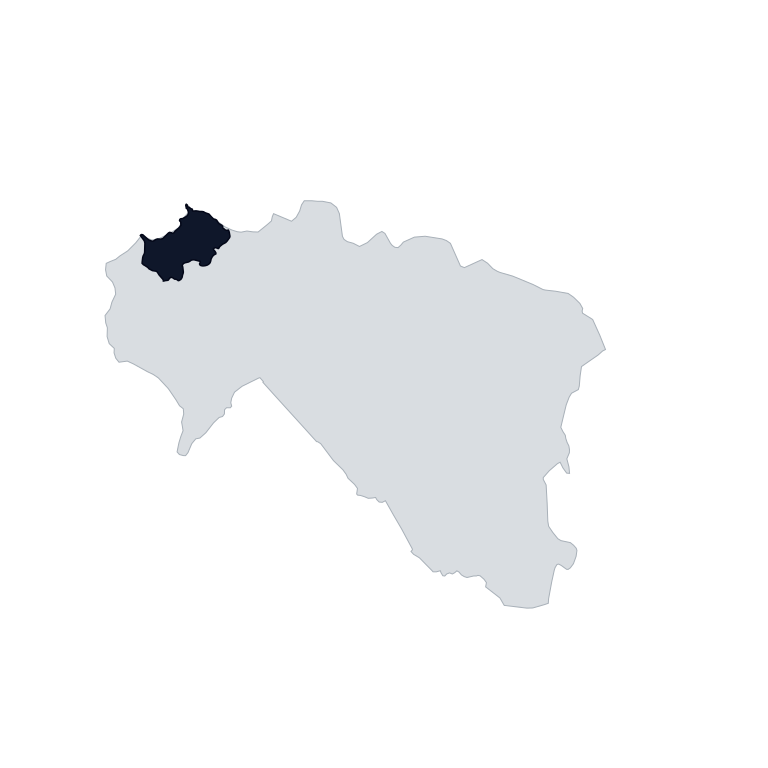 Kénédougou on a map of Burkina Faso (orthographic projection), rotated 49°
{"feature_id": "BFA-2800", "entity_name": "Kénédougou", "entity_type": "Province", "adm_level": 1, "iso_a3": "BFA", "parent_name": "Burkina Faso", "parent_adm1": "", "projection": "orthographic", "projection_center": [-5.0, 11.424], "detail": "fine", "context": "in_parent", "style": "filled", "palette": "ink", "viewbox_px": 768, "rotation_deg": 49, "n_neighbors": 0, "source": "natural_earth", "source_scale": "10m", "svg_char_len": 5428}
<svg xmlns="http://www.w3.org/2000/svg" viewBox="0 0 768 768"><g transform="rotate(49 384 384)"><path d="M556.2,470.2L538.4,471.3L532.0,473.4L528.1,473.5L527.9,471.9L527.4,470.9L504.9,465.8L489.1,462.8L473.0,459.5L472.2,462.9L469.9,465.1L466.5,465.3L464.1,464.8L462.5,467.5L459.9,470.9L456.2,472.7L452.6,474.9L450.6,476.8L449.1,476.8L445.4,472.5L440.5,472.1L431.5,473.0L427.4,471.8L421.8,471.3L408.6,472.4L387.5,470.9L384.1,471.9L383.2,472.7L362.3,473.1L339.3,473.6L320.1,474.0L303.3,474.3L303.2,473.5L297.8,473.5L297.2,475.0L292.6,492.6L292.1,502.2L294.7,508.2L297.6,511.9L300.8,513.5L301.1,515.6L298.6,518.4L298.8,521.2L301.9,524.1L302.6,527.2L301.1,530.4L301.5,538.2L303.9,550.4L304.0,558.4L301.9,562.0L302.9,568.2L307.2,577.0L307.9,580.7L306.4,582.4L303.0,584.7L299.5,584.7L295.4,579.4L293.6,577.0L290.3,571.7L287.4,566.3L283.6,563.9L279.9,561.7L275.3,554.9L271.0,551.7L266.3,552.6L259.6,551.4L246.0,549.8L231.4,550.3L225.4,551.9L219.4,554.5L204.3,560.0L198.3,562.7L193.7,569.7L188.6,569.5L183.4,567.3L180.2,564.2L173.3,564.9L166.6,561.9L160.1,555.9L155.3,553.9L149.3,549.6L147.6,541.4L143.7,535.6L140.2,527.6L135.0,524.0L128.9,522.0L120.6,522.4L115.1,519.2L110.7,514.5L111.9,510.4L113.9,504.7L114.1,499.1L115.4,490.1L114.6,478.8L113.1,470.9L117.7,467.6L123.1,464.7L126.4,459.3L129.8,447.3L131.3,437.0L130.2,433.1L128.4,430.1L127.0,425.6L126.3,420.1L127.2,415.3L131.2,410.9L136.3,407.3L139.8,405.5L149.3,403.7L161.1,400.9L168.0,397.8L173.0,394.7L175.7,392.2L178.6,387.1L183.1,383.2L186.7,379.3L187.1,368.3L187.1,362.0L184.5,358.6L183.0,355.6L200.5,347.0L200.6,340.9L198.1,334.1L194.7,328.7L193.4,324.0L198.2,318.4L202.5,314.3L205.6,310.7L212.5,305.3L219.6,303.9L226.1,305.9L245.3,318.5L248.6,319.3L252.5,318.3L257.6,314.9L264.1,312.3L266.4,303.8L266.1,291.3L267.5,285.5L271.0,284.5L282.0,286.8L284.8,286.9L288.0,286.1L290.3,283.9L290.2,279.9L289.6,276.3L293.1,264.7L299.5,256.0L312.6,245.0L316.7,242.8L321.4,241.6L345.1,248.9L348.9,247.0L354.4,228.4L360.8,226.6L368.4,226.2L373.4,224.5L376.0,223.2L387.0,216.1L406.6,206.3L417.1,202.0L419.2,200.4L426.6,193.6L436.5,185.6L442.9,184.0L451.7,183.3L457.4,184.5L458.9,186.6L460.8,187.7L472.2,184.2L488.9,189.2L503.3,194.2L502.5,197.4L502.6,203.3L501.6,212.4L500.4,223.5L506.4,230.5L513.7,238.0L515.7,241.0L514.0,248.5L515.4,252.9L519.3,260.2L525.9,269.5L532.7,279.0L537.3,280.2L541.6,280.8L544.3,282.5L548.1,284.1L552.0,285.1L555.4,287.2L557.5,289.2L560.4,295.1L567.9,298.8L573.2,302.6L571.1,304.6L564.7,304.0L558.6,302.4L557.9,305.3L557.9,316.2L559.1,325.2L560.5,326.4L566.6,327.9L581.4,339.4L594.9,350.3L599.4,353.1L606.7,354.0L614.8,354.3L618.3,353.2L626.0,347.4L630.2,346.7L634.1,346.7L636.2,347.6L640.1,352.1L643.9,358.9L645.0,364.0L644.7,366.7L643.6,367.8L637.1,369.3L634.4,370.4L633.7,371.9L634.8,375.3L636.1,377.5L643.4,387.3L654.0,400.6L657.3,403.9L655.6,408.0L650.6,418.7L646.9,423.2L630.0,438.5L621.5,436.9L603.8,440.4L601.1,437.0L597.0,436.6L591.8,437.3L590.0,438.7L589.5,440.2L587.7,442.3L584.5,448.3L582.0,449.8L578.9,450.8L575.0,450.8L572.8,451.6L572.8,454.5L572.2,457.1L569.6,458.4L568.5,461.3L568.8,464.1L567.3,465.4L563.9,464.8L561.9,464.0L560.1,467.7L557.9,470.2L556.2,470.2Z" fill="#d9dde1" stroke="#a8b0b8" stroke-width="1"/><path d="M160.5,403.4L161.7,403.0L163.7,402.7L164.7,402.1L165.2,401.4L165.7,400.5L166.7,400.7L167.9,401.2L171.4,403.3L172.2,404.4L173.2,408.6L173.4,410.7L172.6,414.2L172.5,417.3L172.7,418.5L173.1,419.3L173.1,420.2L172.2,420.8L171.1,421.2L170.4,421.9L170.1,422.9L170.0,424.0L170.9,424.5L172.9,424.5L174.6,424.8L175.5,425.5L175.1,427.3L175.0,428.6L175.5,430.7L176.3,432.6L177.5,434.1L178.4,435.7L178.6,437.1L178.4,439.1L177.7,440.8L177.1,441.8L176.1,443.2L174.7,444.4L173.6,444.8L172.9,444.7L172.3,444.4L171.5,442.7L170.8,442.3L165.9,445.7L165.0,446.6L164.1,448.3L164.0,449.9L163.7,451.4L161.9,454.8L161.5,456.4L161.8,457.5L162.3,458.6L162.7,458.9L163.5,459.0L167.9,462.0L168.7,463.0L169.7,464.7L170.9,466.1L171.5,467.5L171.8,468.8L171.6,469.8L171.5,470.7L171.0,471.5L169.6,471.7L168.3,472.4L167.4,473.3L165.5,473.7L164.0,474.4L163.5,475.6L163.7,477.2L164.1,478.6L163.6,479.7L162.7,480.9L161.8,482.7L161.5,483.0L161.0,482.5L160.0,482.2L154.1,482.2L151.0,481.7L149.6,481.8L146.5,484.4L142.9,485.8L141.0,485.8L137.5,486.8L136.2,487.3L134.2,487.4L133.1,486.3L130.2,483.1L129.3,481.7L128.6,479.8L127.7,478.4L120.9,472.1L118.8,471.0L112.7,470.5L112.1,470.5L111.9,469.9L112.2,468.8L113.2,468.1L120.1,467.2L121.3,466.8L122.4,466.3L124.1,465.3L124.8,464.3L125.2,461.4L125.9,459.8L128.1,457.6L128.9,456.1L129.1,455.0L128.6,447.6L128.9,446.3L130.0,445.4L131.5,444.7L132.0,444.0L132.0,443.1L131.6,441.5L131.6,435.7L131.0,433.2L128.5,431.2L127.7,431.1L127.0,431.2L126.4,431.0L125.9,430.2L125.8,429.4L126.2,428.6L126.7,427.9L127.1,427.2L127.7,424.4L127.9,422.9L127.8,421.6L127.3,420.2L126.5,419.3L125.4,418.6L124.0,418.0L123.3,417.7L122.7,417.7L121.5,417.9L121.2,417.6L119.4,416.6L119.1,416.4L118.6,415.6L118.6,415.3L119.1,415.2L120.0,415.0L120.3,415.1L121.2,415.7L121.6,415.9L121.9,415.8L122.4,415.2L122.7,415.1L125.1,414.7L125.4,414.5L125.6,414.3L125.9,414.1L126.4,414.0L126.9,414.3L127.2,414.6L127.6,414.7L128.1,414.7L128.6,414.3L130.0,412.3L132.7,410.1L134.5,408.1L135.6,407.2L137.7,406.5L140.0,405.1L141.0,404.6L142.1,404.6L144.8,404.6L146.1,404.5L146.8,404.5L147.6,404.4L148.2,404.0L148.9,403.4L150.4,402.8L151.9,403.0L153.4,403.3L154.8,403.3L157.7,402.3L159.2,402.3L160.5,403.4Z" fill="#0f172a" stroke="#020617" stroke-width="1.5"/></g></svg>